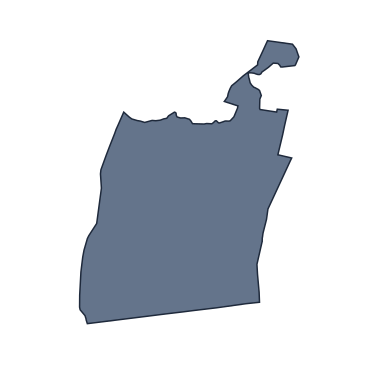 the district of Livada, Arad, Romania, rotated 164°
{"feature_id": "2599482B75985324598985", "entity_name": "Livada", "entity_type": "district", "adm_level": 2, "iso_a3": "ROU", "parent_name": "Romania", "parent_adm1": "Arad", "projection": "natural_earth1", "projection_center": [21.379, 46.217], "detail": "fine", "context": "isolated", "style": "filled", "palette": "slate", "viewbox_px": 384, "rotation_deg": 164, "n_neighbors": 0, "source": "geoboundaries", "source_scale": "gbopen_adm2", "svg_char_len": 1993}
<svg xmlns="http://www.w3.org/2000/svg" viewBox="0 0 384 384"><g transform="rotate(164 192 192)"><path d="M329.0,98.3L328.9,94.3L267.9,84.7L251.8,82.2L234.0,79.3L223.6,77.7L200.2,73.9L171.2,69.8L157.5,67.4L155.1,77.2L151.7,94.9L149.5,104.6L138.8,124.0L138.1,125.2L137.8,126.3L137.5,127.1L137.3,127.9L137.2,128.2L136.5,129.6L135.7,131.5L135.0,133.0L133.6,135.4L127.9,145.2L123.7,154.7L99.1,183.1L88.7,195.1L86.8,197.2L99.2,204.1L89.1,222.0L84.6,230.5L77.1,244.1L87.2,248.1L88.4,245.9L88.6,245.5L103.8,252.5L104.0,253.7L101.5,261.6L101.2,262.6L98.8,265.6L99.1,270.9L99.9,272.2L103.1,275.3L103.8,275.7L104.4,276.9L105.1,278.1L106.0,280.9L105.9,282.9L105.8,285.3L105.9,286.4L105.5,288.9L105.4,290.1L105.0,290.6L104.2,290.8L102.2,290.2L99.5,289.0L97.9,287.8L96.1,286.7L94.7,286.3L93.3,286.6L92.8,287.0L91.8,288.0L84.1,290.8L78.4,293.5L74.0,291.9L72.7,289.6L72.3,287.8L71.0,287.3L58.3,285.2L57.5,285.7L52.0,292.4L52.2,295.0L52.5,300.9L54.7,306.4L77.7,316.6L84.9,308.2L92.9,299.0L93.9,296.1L110.8,289.5L118.6,285.8L119.5,285.4L124.6,283.2L126.7,281.1L128.7,278.6L130.1,276.6L131.6,273.7L136.0,270.1L124.1,262.1L124.3,261.8L125.1,260.1L129.4,254.7L131.0,252.7L135.0,250.3L135.8,249.9L137.2,250.0L138.3,250.4L140.5,251.1L143.5,250.9L146.1,250.8L147.0,250.9L147.6,251.4L148.9,253.7L150.1,254.0L151.0,253.5L152.3,252.8L154.1,252.1L159.1,253.8L161.6,254.0L171.1,257.0L172.7,257.6L173.5,260.6L174.4,262.6L178.5,265.3L182.6,266.3L185.6,268.2L185.9,269.2L185.9,270.5L185.6,272.2L186.0,273.0L186.9,273.6L193.5,271.7L196.0,269.8L199.0,270.1L202.7,269.8L207.2,270.5L210.6,271.8L218.3,271.9L222.1,274.4L225.0,275.8L229.7,278.8L231.6,281.2L235.6,287.6L244.8,276.5L247.7,273.1L250.1,269.7L255.0,263.3L255.4,262.8L258.7,258.5L264.1,251.3L273.4,238.5L275.0,234.6L278.0,220.7L292.3,188.0L303.2,178.5L305.4,176.1L311.8,165.9L315.0,159.5L320.8,145.8L325.8,131.3L328.4,123.8L331.8,112.3L332.0,109.6L328.9,102.6L328.9,101.0L328.8,99.3L329.0,98.4L329.0,98.3Z" fill="#64748b" stroke="#1e293b" stroke-width="1.5"/></g></svg>